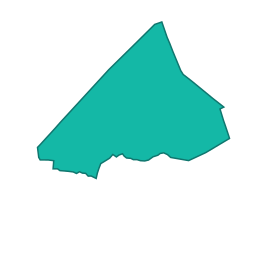 Boca da Mata, Alagoas, Brazil, rotated 144°
{"feature_id": "56859067B28763804077147", "entity_name": "Boca da Mata", "entity_type": "district", "adm_level": 2, "iso_a3": "BRA", "parent_name": "Brazil", "parent_adm1": "Alagoas", "projection": "albers", "projection_center": [-36.155, -9.663], "detail": "fine", "context": "isolated", "style": "filled", "palette": "teal", "viewbox_px": 256, "rotation_deg": 144, "n_neighbors": 0, "source": "geoboundaries", "source_scale": "gbopen_adm2", "svg_char_len": 913}
<svg xmlns="http://www.w3.org/2000/svg" viewBox="0 0 256 256"><g transform="rotate(144 128 128)"><path d="M38.3,193.9L45.5,196.1L73.6,191.8L109.1,186.5L166.6,174.9L179.6,172.3L188.1,170.4L209.6,166.0L212.6,165.5L217.5,156.7L217.8,153.8L211.3,149.0L207.3,145.2L212.6,139.0L209.0,136.4L208.1,133.5L205.7,131.5L201.7,128.0L198.1,124.6L196.4,121.5L192.9,121.1L191.4,118.3L188.9,116.2L188.5,112.5L186.0,110.8L183.4,105.9L179.2,109.6L175.3,112.4L171.0,115.2L166.1,114.8L160.6,114.4L155.8,115.5L154.4,111.4L151.1,111.4L147.6,110.4L147.6,107.4L146.8,104.6L143.6,101.8L142.3,99.3L139.3,97.1L137.2,94.3L133.8,91.5L130.2,90.0L124.7,90.0L119.8,88.4L117.0,88.5L113.7,86.9L111.7,83.3L110.8,79.1L98.1,66.0L79.6,62.4L52.0,59.9L50.8,63.5L47.8,73.0L46.4,77.7L42.4,89.3L38.2,88.6L42.0,102.0L48.8,128.1L51.9,138.9L51.6,143.4L46.7,163.7L44.6,171.6L43.1,178.3L38.3,193.9Z" fill="#14b8a6" stroke="#0f766e" stroke-width="1.5"/></g></svg>